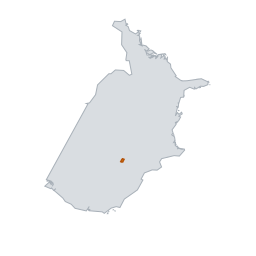 Conejos, Colorado, United States of America (highlighted), rotated 297°
{"feature_id": "52423323B18722561966541", "entity_name": "Conejos", "entity_type": "district", "adm_level": 2, "iso_a3": "USA", "parent_name": "United States of America", "parent_adm1": "Colorado", "projection": "albers", "projection_center": [-106.024, 37.199], "detail": "fine", "context": "in_parent", "style": "filled", "palette": "amber", "viewbox_px": 256, "rotation_deg": 297, "n_neighbors": 0, "source": "geoboundaries", "source_scale": "gbopen_adm2", "svg_char_len": 3946}
<svg xmlns="http://www.w3.org/2000/svg" viewBox="0 0 256 256"><g transform="rotate(297 128 128)"><path d="M199.3,84.5L210.9,79.0L212.1,67.7L217.0,67.5L219.5,73.2L223.6,75.9L219.7,79.2L219.9,80.4L218.6,79.4L218.4,82.1L215.5,85.1L215.2,91.9L218.2,93.6L219.5,92.7L218.7,91.8L219.3,92.1L219.9,93.3L216.3,95.7L215.0,94.6L215.3,96.6L210.8,98.7L208.1,102.3L208.1,100.8L207.4,100.1L207.6,103.6L208.7,103.8L209.3,106.6L208.1,110.9L204.9,109.6L205.7,106.9L204.4,109.0L205.9,111.2L207.4,112.3L208.1,113.7L206.9,120.4L206.6,116.6L203.2,114.0L203.6,109.9L201.6,111.8L204.1,116.7L201.3,115.9L200.5,116.3L200.7,114.4L200.6,114.0L200.2,115.5L200.5,116.6L204.6,117.5L204.1,118.7L202.0,117.4L201.3,117.3L203.9,118.8L204.9,119.0L204.8,120.5L203.5,119.8L205.8,121.3L205.4,121.7L204.3,120.9L202.0,121.1L205.3,122.2L207.0,121.5L210.2,125.8L207.5,122.6L208.8,124.9L205.3,125.4L208.4,127.1L209.4,126.0L208.6,128.6L205.2,128.9L207.5,129.4L206.2,131.0L208.4,131.2L205.0,132.8L204.2,136.9L201.1,138.9L196.4,147.2L195.3,146.7L194.4,153.3L194.5,154.8L196.8,159.0L205.2,171.0L205.4,178.4L202.9,179.5L199.4,176.5L198.1,173.5L193.6,170.8L194.4,168.9L192.7,169.4L192.3,164.5L187.0,160.9L180.8,163.5L179.1,161.0L172.7,162.1L173.3,160.9L172.4,162.2L169.6,163.2L169.2,161.1L169.0,162.7L160.3,164.7L164.2,165.1L163.3,167.2L166.4,168.6L165.2,169.9L161.6,167.9L161.7,169.9L157.2,169.8L154.4,167.7L153.1,169.2L146.4,168.1L143.1,171.3L143.9,170.4L141.8,170.0L141.2,173.5L137.5,176.1L138.3,175.3L135.7,175.2L136.7,176.3L133.9,178.0L133.0,181.9L131.6,181.4L132.9,182.3L133.4,185.7L134.8,187.7L134.0,188.5L126.3,186.5L124.3,181.6L116.0,171.9L112.1,171.5L108.5,175.6L103.7,173.1L101.6,168.5L95.4,163.0L88.4,162.9L88.4,164.9L77.1,164.5L63.0,157.0L53.5,156.9L52.6,153.2L49.0,149.4L41.2,145.6L41.6,143.1L36.6,130.9L37.0,129.8L38.1,131.5L37.6,128.9L40.5,129.1L35.2,128.5L32.4,117.3L34.3,112.0L34.0,105.5L36.0,101.8L38.8,90.4L41.2,91.2L38.6,90.1L39.9,87.2L38.9,87.0L38.4,80.3L44.2,82.5L42.5,85.7L44.8,83.6L44.2,86.4L42.6,86.9L43.6,87.2L44.9,86.2L45.8,83.4L44.9,78.7L131.1,81.4L130.9,79.7L132.9,82.3L143.0,84.0L152.6,81.3L167.6,86.3L168.6,88.2L174.0,90.4L177.3,98.0L175.6,105.3L177.7,107.0L188.5,98.6L187.2,95.8L188.1,95.0L194.6,92.8L199.3,84.5ZM212.7,99.5L214.6,98.4L208.2,102.8L213.2,98.5L212.7,99.5ZM44.9,81.5L45.4,83.4L45.3,83.7L44.4,82.1L44.9,81.5ZM134.6,187.1L133.4,184.2L133.3,182.5L133.6,184.2L134.6,187.1ZM220.2,79.2L220.6,80.1L220.2,80.1L220.2,79.2ZM154.6,168.5L154.9,169.2L154.1,168.8L154.6,168.5ZM44.0,148.9L45.0,148.7L45.0,148.8L44.0,148.9ZM43.0,148.5L42.6,149.0L42.3,148.5L43.0,148.5ZM218.1,95.1L217.8,95.9L217.6,95.8L218.1,95.1ZM133.7,180.8L133.3,182.2L134.4,179.5L133.7,180.8ZM202.6,167.0L204.2,169.4L202.4,166.8L202.6,167.0ZM48.5,151.9L48.8,152.7L48.4,151.9L48.5,151.9ZM205.9,178.7L205.3,179.8L206.2,177.7L205.9,178.7ZM211.0,127.4L210.5,128.7L210.4,126.0L211.0,127.4ZM44.3,79.9L44.2,80.4L43.9,80.1L44.3,79.9ZM136.8,176.8L135.5,177.6L136.8,176.6L136.8,176.8ZM220.1,94.6L220.3,95.3L219.6,95.3L220.1,94.6ZM48.2,153.9L48.4,154.8L48.1,154.0L48.2,153.9ZM135.2,178.2L134.6,178.6L135.1,178.0L135.2,178.2ZM208.1,114.9L207.7,116.6L208.1,114.4L208.1,114.9ZM142.7,172.0L141.9,172.6L143.1,171.5L142.7,172.0ZM194.7,154.0L194.8,155.1L194.6,154.3L194.7,154.0ZM208.7,131.3L208.5,131.6L209.1,130.5L208.7,131.3ZM183.1,162.7L182.1,163.5L181.7,163.5L183.1,162.7ZM169.2,163.1L169.0,163.3L168.4,163.4L169.2,163.1ZM197.0,173.9L197.3,174.6L196.7,173.8L197.0,173.9ZM166.7,165.2L166.6,165.9L166.3,164.6L166.7,165.2ZM203.9,181.2L203.3,181.5L204.1,181.0L203.9,181.2ZM209.3,107.2L209.1,108.0L209.3,106.8L209.3,107.2ZM210.0,129.1L209.7,129.4L210.0,129.1Z" fill="#d9dde1" stroke="#a8b0b8" stroke-width="1"/><path d="M95.4,138.7L95.9,138.7L96.1,138.7L96.3,138.7L97.2,138.7L98.2,138.7L98.1,138.4L98.2,138.2L98.2,137.9L98.1,137.7L98.2,137.4L98.1,137.1L97.0,137.0L97.0,136.8L95.4,136.8L94.7,136.8L94.7,137.6L95.0,137.8L95.0,138.0L95.4,138.6L95.4,138.7Z" fill="#f59e0b" stroke="#b45309" stroke-width="1.5"/></g></svg>